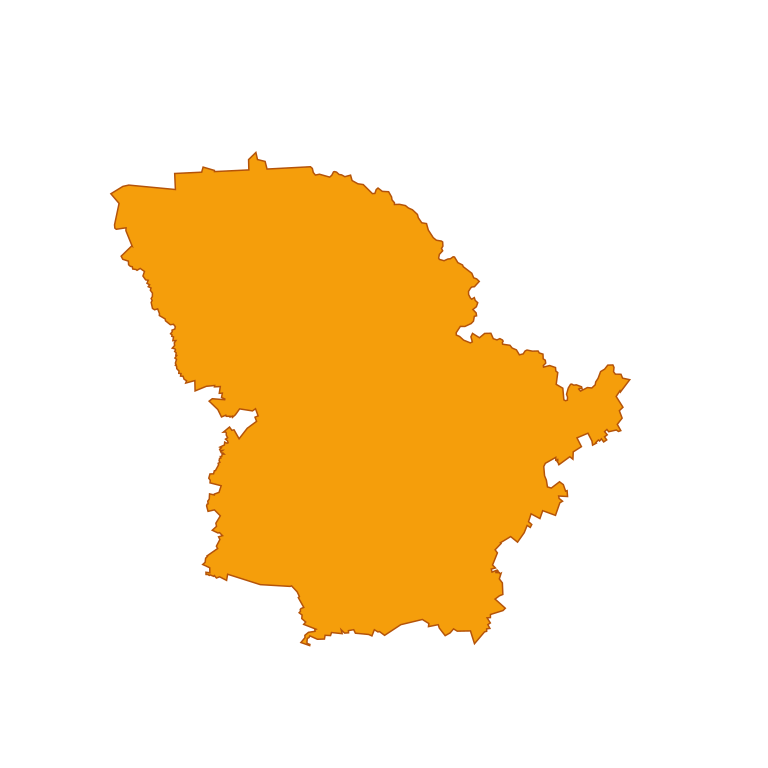 outline of Lejweleputswa, Free State, South Africa, rotated 70°
{"feature_id": "47623444B29116896592790", "entity_name": "Lejweleputswa", "entity_type": "district", "adm_level": 2, "iso_a3": "ZAF", "parent_name": "South Africa", "parent_adm1": "Free State", "projection": "orthographic", "projection_center": [25.98, -28.097], "detail": "fine", "context": "isolated", "style": "filled", "palette": "amber", "viewbox_px": 768, "rotation_deg": 70, "n_neighbors": 0, "source": "geoboundaries", "source_scale": "gbopen_adm2", "svg_char_len": 6170}
<svg xmlns="http://www.w3.org/2000/svg" viewBox="0 0 768 768"><g transform="rotate(70 384 384)"><path d="M320.2,259.4L316.9,261.0L314.9,263.4L310.0,263.6L300.9,269.4L299.0,269.5L295.2,273.1L288.8,274.3L288.1,275.5L289.0,278.8L288.4,281.2L288.7,285.4L285.9,289.3L284.4,289.6L281.1,287.6L278.9,283.3L276.3,283.6L274.6,281.5L270.6,280.3L269.3,281.2L266.8,285.6L263.3,287.7L254.5,289.7L247.8,289.2L245.4,293.4L239.5,294.9L236.1,294.6L230.0,297.7L226.9,300.9L223.7,302.8L220.5,307.9L218.9,312.8L217.3,312.2L213.6,313.5L210.8,312.9L204.9,313.9L202.4,319.7L197.8,322.6L198.6,324.8L201.8,327.4L201.1,329.8L189.5,335.3L186.9,340.1L181.9,344.4L176.3,344.0L175.8,349.9L173.0,352.3L171.7,354.6L168.7,356.1L167.5,357.8L167.4,358.9L170.0,361.7L171.0,364.3L164.8,372.9L164.2,377.0L161.1,378.1L156.9,377.6L154.7,378.8L142.0,420.4L134.2,419.6L129.8,426.1L122.6,425.2L126.8,434.5L136.6,437.8L126.4,470.7L125.3,470.3L118.3,479.8L122.6,482.9L114.6,508.7L129.9,513.5L109.8,555.8L109.0,561.8L111.8,575.6L123.7,571.2L142.3,582.8L145.4,583.6L147.0,582.7L149.0,573.0L151.7,574.1L168.5,573.5L168.0,573.9L174.0,587.3L177.5,586.8L181.1,582.2L184.6,583.2L186.7,582.1L187.7,580.4L190.0,580.8L191.6,577.9L192.7,577.2L192.0,573.6L196.3,570.6L200.1,573.6L204.6,572.4L205.9,570.1L208.3,572.3L210.6,570.3L211.9,572.3L214.1,570.1L216.0,571.5L219.3,570.5L222.5,571.7L224.1,573.6L226.2,573.3L227.7,574.9L233.8,575.7L235.8,574.2L236.0,571.0L241.0,570.9L242.8,571.7L248.0,567.4L249.9,567.7L255.2,564.5L255.9,561.4L258.8,560.5L260.8,561.8L260.9,564.8L262.4,565.1L263.8,567.4L265.3,566.4L266.6,567.1L267.7,565.7L271.1,567.6L272.0,564.7L273.6,567.0L276.2,567.6L277.9,570.7L279.4,568.5L280.7,568.2L281.8,569.6L283.6,568.6L285.8,569.8L286.3,569.0L288.1,571.6L289.9,570.5L293.0,572.9L294.8,572.8L295.0,573.6L296.3,572.8L298.7,573.5L301.7,572.2L303.8,573.2L304.8,571.2L307.0,572.5L308.0,570.2L311.2,570.2L313.4,568.4L315.3,570.0L316.1,560.6L325.9,563.9L325.4,551.7L327.5,543.6L328.7,544.3L330.4,538.7L336.4,542.0L337.3,539.0L341.1,541.3L343.6,538.7L344.3,539.1L339.1,550.4L340.3,554.2L351.1,548.9L359.4,548.0L359.2,543.3L360.4,543.3L361.7,539.7L362.4,539.9L362.3,537.6L363.5,537.8L362.1,534.2L358.0,528.2L364.3,516.8L363.3,513.2L370.9,513.2L371.1,516.6L375.5,516.5L378.8,527.6L385.9,538.9L375.8,540.6L375.5,542.8L371.6,543.9L374.3,551.4L374.9,549.3L376.0,548.9L378.0,549.7L381.0,549.3L381.6,551.8L383.9,550.5L385.9,550.6L386.0,551.8L384.1,553.6L386.7,554.8L387.2,559.8L388.3,558.7L389.2,560.8L390.6,560.6L391.2,558.5L391.8,560.6L393.1,560.4L393.8,558.9L395.2,558.2L394.6,560.1L396.6,561.3L396.2,562.6L397.8,562.7L397.7,564.0L399.7,565.2L401.5,565.0L401.8,567.0L403.4,567.1L407.7,572.0L407.5,573.1L410.1,574.9L409.0,578.3L412.6,580.9L415.0,580.2L417.4,581.3L423.9,571.8L429.4,576.1L429.4,581.1L430.2,581.4L427.6,585.5L432.4,587.6L433.8,589.7L436.4,590.2L436.5,591.4L437.8,592.4L443.5,592.9L444.3,586.4L451.9,582.9L457.3,589.6L460.5,590.1L462.7,595.4L467.2,591.0L467.4,589.4L471.3,587.6L471.0,591.7L474.0,591.4L479.1,597.0L481.7,596.6L485.0,609.1L485.6,608.9L486.7,611.2L490.4,613.1L491.6,616.1L497.1,610.6L501.8,612.2L500.0,615.7L502.1,616.4L502.9,614.5L504.1,613.7L504.0,612.6L506.5,609.8L506.0,609.0L509.0,607.8L509.0,604.4L514.7,599.1L509.3,596.0L530.2,568.9L542.1,541.4L542.1,539.9L549.6,536.7L554.8,536.2L555.4,537.6L566.5,535.8L566.6,538.7L567.2,539.8L569.0,540.2L569.9,542.0L573.1,540.0L576.3,541.5L580.9,539.0L582.4,541.7L591.2,531.7L591.4,533.1L592.8,533.4L591.5,539.9L593.1,544.3L595.3,545.0L598.5,550.5L604.4,543.3L603.4,542.7L601.5,545.0L599.7,544.5L596.9,543.1L596.6,541.2L595.3,539.8L601.1,533.9L603.3,527.2L600.0,525.3L602.1,520.3L599.6,518.3L604.3,508.7L600.3,508.3L604.6,506.2L605.7,502.4L603.6,501.8L604.5,496.5L608.4,496.1L614.1,484.1L616.6,481.5L611.6,477.1L614.9,474.5L615.1,472.9L620.4,469.4L615.9,450.5L618.4,428.5L624.4,423.8L627.2,425.2L628.7,415.4L632.3,415.5L641.4,412.6L640.5,407.0L637.9,402.4L641.3,399.7L645.6,387.2L659.0,387.8L651.3,374.3L651.5,372.1L649.2,371.3L649.9,368.1L645.6,368.7L644.9,365.8L639.0,367.1L639.9,363.9L637.0,362.8L637.6,349.7L636.2,346.7L624.1,353.2L622.5,347.9L622.4,344.3L611.4,340.8L606.6,342.3L601.9,338.7L602.1,339.8L600.8,340.1L599.2,343.9L599.0,340.7L597.5,341.3L597.7,346.8L594.6,346.5L595.0,342.2L591.2,343.9L581.5,335.2L577.8,336.3L573.9,328.5L573.0,328.9L570.7,317.2L578.3,312.6L571.7,303.1L565.9,297.9L568.8,295.6L566.6,293.2L562.8,295.3L556.3,290.2L563.8,283.5L557.3,278.2L566.1,267.8L555.8,259.4L555.2,256.3L551.4,258.6L549.0,258.2L552.5,250.0L546.8,248.4L546.8,250.0L539.9,249.9L535.9,252.5L539.0,262.4L536.6,265.6L529.9,264.3L525.1,264.5L516.2,262.1L513.7,259.5L511.7,247.7L514.3,248.7L514.3,246.6L515.4,246.9L514.8,248.1L519.2,247.0L519.9,248.0L515.9,234.3L519.3,232.2L512.5,229.4L510.4,219.9L500.6,221.1L500.0,209.2L508.7,208.1L512.8,208.9L512.2,204.7L511.5,205.0L509.9,201.7L511.3,200.9L509.9,198.5L513.6,197.4L512.7,193.8L509.1,194.9L508.1,191.6L504.2,193.0L503.0,190.1L505.7,189.2L506.7,181.4L508.8,179.9L508.8,177.4L501.7,178.6L497.5,171.9L489.6,172.0L487.6,167.4L475.1,170.1L471.1,164.6L472.4,164.6L464.0,151.6L460.1,157.8L455.9,158.0L453.9,163.2L451.0,164.1L447.1,162.2L444.4,162.4L442.8,167.3L445.5,171.6L446.4,176.2L451.9,180.9L454.5,184.4L457.0,185.8L458.8,190.1L456.9,194.1L457.9,201.8L455.3,202.8L455.0,201.8L456.2,199.5L454.2,199.3L450.6,203.5L450.0,206.1L448.3,207.6L448.1,208.8L450.8,212.2L456.1,216.0L459.1,216.0L461.9,217.2L461.8,219.2L460.4,220.4L449.1,217.4L443.2,222.3L432.7,216.8L430.5,218.1L427.2,217.2L423.3,222.0L422.7,228.3L421.2,228.0L419.7,224.9L416.8,224.3L414.8,225.8L410.3,224.4L407.9,227.5L405.7,227.9L403.9,233.3L401.0,238.0L401.2,240.1L403.3,242.9L402.9,246.8L397.2,247.9L394.0,251.3L390.7,252.4L387.2,258.9L385.5,258.6L384.5,257.4L383.2,257.6L381.0,259.6L381.2,262.8L378.8,265.8L372.9,266.2L370.9,272.1L373.2,278.5L366.7,283.5L369.4,286.2L374.6,286.6L374.9,288.8L370.0,294.2L365.2,296.7L362.7,299.3L360.5,298.6L356.0,292.6L357.6,288.3L357.0,281.4L355.5,278.4L351.3,276.0L351.6,273.7L348.7,273.1L344.4,275.0L343.0,270.8L339.7,268.1L336.6,269.7L333.7,269.6L334.3,272.6L332.8,273.4L328.9,273.9L325.9,272.9L323.4,269.7L322.9,268.2L323.5,265.7L320.2,259.4Z" fill="#f59e0b" stroke="#b45309" stroke-width="1.5"/></g></svg>